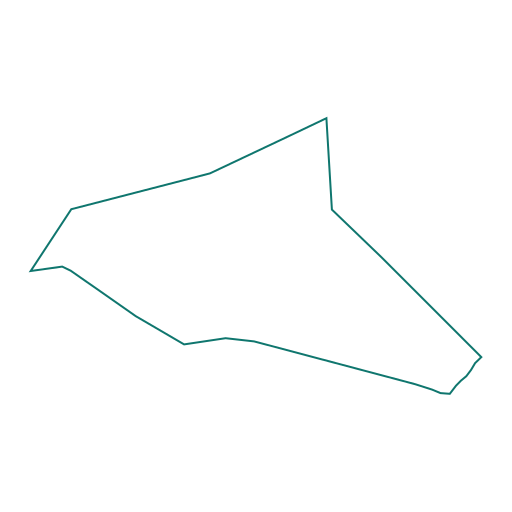 Senador Elói de Souza, Rio Grande do Norte, Brazil
{"feature_id": "56859067B83045836784130", "entity_name": "Senador Elói de Souza", "entity_type": "district", "adm_level": 2, "iso_a3": "BRA", "parent_name": "Brazil", "parent_adm1": "Rio Grande do Norte", "projection": "natural_earth1", "projection_center": [-35.665, -6.036], "detail": "fine", "context": "isolated", "style": "outline", "palette": "teal", "viewbox_px": 512, "rotation_deg": 0, "n_neighbors": 0, "source": "geoboundaries", "source_scale": "gbopen_adm2", "svg_char_len": 445}
<svg xmlns="http://www.w3.org/2000/svg" viewBox="0 0 512 512"><path d="M326.4,118.2L290.1,135.5L209.9,173.4L71.3,209.2L30.7,271.0L62.2,266.6L70.7,270.7L86.6,281.8L93.4,286.5L135.8,316.2L184.1,344.4L225.6,338.2L254.1,341.4L402.8,380.9L415.5,384.3L432.1,389.6L440.5,393.1L449.8,393.8L456.0,385.7L461.0,380.6L466.3,376.2L471.0,370.0L475.1,363.1L481.3,357.1L381.5,257.3L331.9,209.6L326.4,118.2Z" fill="none" stroke="#0f766e" stroke-width="2"/></svg>